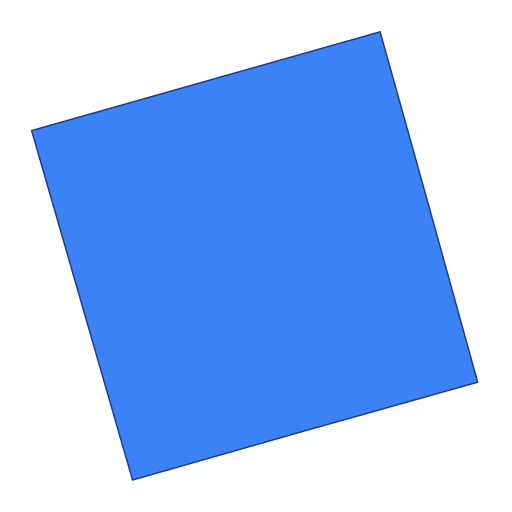 outline of Jones, Iowa, United States of America, rotated 164°
{"feature_id": "52423323B96588069122317", "entity_name": "Jones", "entity_type": "district", "adm_level": 2, "iso_a3": "USA", "parent_name": "United States of America", "parent_adm1": "Iowa", "projection": "albers", "projection_center": [-91.16, 42.121], "detail": "fine", "context": "isolated", "style": "filled", "palette": "blue", "viewbox_px": 512, "rotation_deg": 164, "n_neighbors": 0, "source": "geoboundaries", "source_scale": "gbopen_adm2", "svg_char_len": 259}
<svg xmlns="http://www.w3.org/2000/svg" viewBox="0 0 512 512"><g transform="rotate(164 256 256)"><path d="M77.7,73.6L76.1,255.5L74.9,437.3L437.1,438.4L436.9,347.4L436.4,74.7L257.5,74.5L77.7,73.6Z" fill="#3b82f6" stroke="#1e3a8a" stroke-width="1.5"/></g></svg>